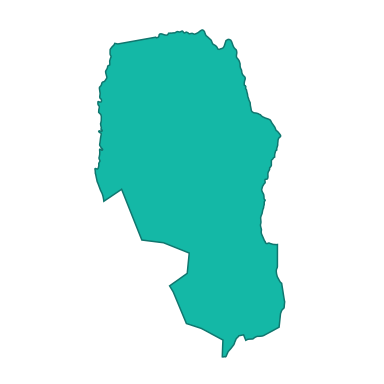 the district of Guajiquiro, La Paz, Honduras, rotated 184°
{"feature_id": "27666195B37681585704124", "entity_name": "Guajiquiro", "entity_type": "district", "adm_level": 2, "iso_a3": "HND", "parent_name": "Honduras", "parent_adm1": "La Paz", "projection": "equal_earth", "projection_center": [-87.784, 14.092], "detail": "fine", "context": "isolated", "style": "filled", "palette": "teal", "viewbox_px": 384, "rotation_deg": 184, "n_neighbors": 0, "source": "geoboundaries", "source_scale": "gbopen_adm2", "svg_char_len": 6078}
<svg xmlns="http://www.w3.org/2000/svg" viewBox="0 0 384 384"><g transform="rotate(184 192 192)"><path d="M207.8,96.8L203.8,91.1L188.4,60.4L173.3,56.6L150.8,46.5L150.7,41.3L150.3,29.7L149.7,29.6L147.9,30.0L147.1,29.9L146.9,30.1L146.6,30.3L144.8,35.3L142.0,39.0L139.7,42.5L139.2,43.7L138.9,45.2L138.3,46.7L138.0,47.9L137.8,48.4L137.2,49.3L135.6,51.1L135.3,51.8L130.6,53.1L128.0,47.8L127.2,48.3L126.1,48.9L124.7,49.2L121.4,49.6L120.7,49.9L119.8,50.8L118.6,51.7L117.2,52.4L116.5,52.6L115.0,52.7L112.0,53.2L110.5,53.8L95.7,63.2L95.2,77.0L94.9,77.8L94.6,79.0L94.1,80.3L93.4,81.4L92.6,82.0L92.4,82.3L92.1,82.9L92.0,83.7L92.0,86.0L91.9,88.4L91.9,89.1L92.4,90.6L96.2,107.2L97.2,107.9L98.0,108.7L100.6,112.8L101.1,113.7L101.4,114.6L101.9,116.1L102.1,117.1L102.4,118.6L102.4,120.3L102.2,121.2L101.7,122.5L101.6,123.7L103.1,145.6L104.0,145.4L107.4,145.4L110.5,146.1L111.6,146.5L112.1,146.4L113.2,145.9L113.9,145.8L114.4,145.9L115.0,146.4L115.3,146.8L115.6,147.8L116.0,148.0L116.5,148.7L116.8,149.4L117.3,150.4L118.5,152.7L119.8,155.2L120.0,156.1L120.2,157.0L120.1,158.7L120.1,159.3L121.1,162.3L121.4,163.6L121.4,164.2L121.2,165.4L121.1,166.8L121.7,170.7L121.7,171.6L121.3,173.3L120.6,175.4L120.2,178.8L119.9,180.0L119.5,181.1L119.5,182.5L119.1,184.4L119.2,186.6L119.2,187.2L119.0,187.9L118.5,188.5L118.5,188.8L118.5,189.1L119.4,189.9L119.6,190.2L119.7,190.9L119.9,192.7L120.2,194.0L120.4,194.7L121.9,197.1L122.4,198.2L122.6,199.0L122.6,199.6L122.4,200.5L122.0,202.6L121.7,203.1L120.8,204.9L119.7,206.3L119.8,207.3L120.1,208.8L120.0,209.4L119.8,209.7L119.5,209.8L118.0,210.1L117.7,210.5L117.4,211.1L117.3,212.0L117.3,212.8L117.6,215.4L117.4,217.1L116.2,219.8L116.2,220.2L116.2,221.1L116.2,221.6L115.3,222.7L114.9,223.5L114.7,224.0L114.7,224.7L114.8,225.6L114.9,227.7L115.0,228.5L115.0,229.0L114.8,229.5L113.9,230.3L113.0,231.9L112.0,232.5L112.0,233.0L112.1,233.7L112.1,235.5L111.5,238.6L111.1,239.4L110.8,239.6L110.5,239.6L110.4,239.9L110.5,241.4L110.4,242.1L110.1,243.1L109.8,244.5L109.8,245.5L109.9,246.7L109.8,247.9L109.8,249.3L109.7,250.4L109.4,251.2L109.1,251.9L108.8,252.3L108.2,252.8L107.6,253.5L107.5,254.0L107.6,254.7L108.8,256.2L109.3,256.7L110.2,257.7L111.2,258.6L112.1,259.1L112.5,259.5L113.7,262.0L114.1,262.7L117.2,266.5L118.6,268.8L118.9,269.2L119.9,269.7L121.2,270.2L124.0,270.9L126.9,272.0L128.1,272.8L129.2,273.9L130.1,274.1L131.5,274.8L133.4,275.2L135.5,275.3L136.3,275.5L137.8,276.4L138.2,276.9L138.6,277.8L138.9,279.1L139.8,282.4L140.2,285.1L141.7,287.9L142.0,288.9L143.0,291.1L143.5,293.6L144.2,295.5L144.8,297.7L145.4,298.6L145.7,298.8L145.8,299.0L145.8,299.4L145.7,300.3L145.7,300.9L146.0,301.4L146.2,301.7L146.6,301.9L147.1,302.0L147.4,302.9L147.5,304.0L147.4,305.5L147.3,306.3L146.8,308.5L146.9,309.4L147.1,310.0L147.4,310.5L148.9,311.8L149.7,312.7L150.3,313.8L150.6,314.6L151.1,317.0L151.6,318.0L152.1,318.6L152.6,320.2L152.8,321.0L153.0,323.3L153.9,325.6L154.3,326.4L155.4,327.8L156.5,328.9L157.0,329.6L157.1,330.3L157.2,331.4L157.0,333.9L157.3,335.6L157.5,336.2L158.0,337.1L158.9,337.7L160.3,339.1L161.5,341.3L161.6,341.6L162.8,344.4L163.9,346.1L165.2,346.7L166.3,346.8L166.5,346.6L167.0,346.6L168.5,345.5L168.7,345.3L168.8,344.8L170.1,339.6L170.4,339.0L170.9,338.2L171.4,337.7L171.8,337.4L173.0,337.0L174.7,336.2L175.2,336.2L175.6,336.2L176.0,336.3L176.2,336.6L177.5,338.6L177.9,339.0L179.0,339.8L181.1,340.8L181.6,341.2L182.2,342.1L183.2,344.3L183.6,344.9L187.6,348.1L188.8,348.9L189.4,349.8L190.0,351.1L190.3,351.6L190.5,352.4L191.1,353.2L191.7,353.9L192.3,354.2L192.9,354.4L193.4,354.3L194.1,353.9L195.3,353.0L197.0,351.4L199.1,350.2L200.4,349.6L200.9,349.6L201.3,349.8L203.0,350.3L203.9,350.1L205.2,349.7L205.9,349.7L206.4,349.9L206.9,350.4L207.5,350.7L208.8,351.1L209.5,350.8L210.3,350.2L210.7,350.1L211.3,350.4L212.5,351.7L212.9,351.9L213.3,351.8L215.4,350.7L216.3,350.8L217.4,351.0L218.0,351.0L220.4,349.5L222.0,349.4L223.6,349.0L224.3,349.1L224.9,348.8L225.8,348.9L226.4,348.8L226.5,348.7L226.7,348.1L227.0,347.5L227.6,347.0L228.0,346.7L229.1,346.7L230.3,346.8L233.2,347.6L234.1,347.6L234.9,347.5L235.3,347.1L235.7,346.7L235.8,346.0L235.9,345.0L236.3,344.2L236.5,344.0L238.1,343.3L238.4,343.4L239.0,343.9L276.3,334.5L279.4,334.9L279.9,333.6L280.2,333.1L281.8,331.3L282.6,330.1L283.3,329.0L283.6,328.2L283.4,324.6L283.2,323.4L282.9,322.8L282.3,321.9L282.2,321.4L282.3,320.7L282.7,319.5L283.2,317.2L283.2,316.1L283.0,315.0L282.9,313.1L283.1,312.8L284.2,312.3L284.7,311.9L284.9,311.3L285.0,310.2L285.2,309.3L286.4,306.9L286.6,306.3L286.5,305.6L286.4,304.9L285.0,300.8L284.9,300.2L285.0,299.7L286.0,297.8L286.8,296.5L287.4,296.0L288.7,295.5L289.3,294.9L289.5,294.4L290.0,292.2L290.3,291.6L291.6,290.0L291.6,289.8L291.6,288.8L290.5,283.8L290.6,282.0L290.7,280.7L290.6,280.1L290.5,279.6L290.2,279.1L289.9,278.8L289.4,278.6L289.0,278.0L288.7,277.3L288.6,276.7L288.7,276.2L288.9,275.8L289.2,275.4L289.6,275.3L290.2,275.2L291.6,275.7L291.9,275.6L292.1,275.4L292.1,275.1L292.0,273.3L291.7,272.4L290.8,271.4L290.6,271.0L290.4,270.6L290.4,269.7L290.7,267.8L290.7,265.1L290.5,264.8L289.1,263.6L288.5,263.0L288.1,262.2L287.8,261.3L287.7,260.7L287.5,256.8L287.7,255.1L288.0,253.6L287.9,253.4L287.8,252.6L286.9,249.7L287.0,249.2L287.1,248.7L287.2,248.4L286.1,247.5L285.9,247.0L286.0,246.6L286.2,246.3L287.4,246.4L288.3,246.6L289.0,246.4L289.3,246.1L289.1,245.6L288.5,245.0L286.9,244.3L286.7,244.0L286.6,243.6L286.6,243.2L287.0,239.5L287.2,235.2L287.4,233.3L287.4,232.4L287.1,231.8L286.3,230.7L285.3,229.4L284.4,228.7L284.2,228.4L284.1,228.1L284.2,227.8L284.3,227.6L284.5,227.4L284.8,227.3L285.3,227.5L286.7,228.3L286.9,228.3L287.1,228.0L287.1,227.3L286.9,226.1L286.8,225.3L286.7,223.1L286.9,221.1L287.1,220.0L287.2,219.5L286.9,218.4L286.1,217.1L286.0,216.3L286.7,214.8L286.9,214.3L287.0,213.8L286.8,211.6L287.2,209.4L287.5,208.8L287.8,208.4L288.2,208.3L290.0,208.7L290.4,208.4L290.4,208.1L290.0,206.3L289.7,203.7L289.3,202.8L288.6,200.2L287.3,195.7L286.4,194.0L283.4,187.4L282.6,186.0L281.5,184.1L280.5,181.5L279.7,178.6L279.3,176.6L262.4,189.8L238.7,140.6L216.9,139.4L190.5,130.9L191.1,110.5L207.8,96.8Z" fill="#14b8a6" stroke="#0f766e" stroke-width="1.5"/></g></svg>